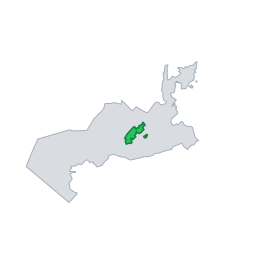 Kanimekh, Navoi, Uzbekistan shown in context, rotated 310°
{"feature_id": "79887680B53513489447097", "entity_name": "Kanimekh", "entity_type": "district", "adm_level": 2, "iso_a3": "UZB", "parent_name": "Uzbekistan", "parent_adm1": "Navoi", "projection": "mercator", "projection_center": [64.925, 40.708], "detail": "fine", "context": "in_parent", "style": "filled", "palette": "green", "viewbox_px": 256, "rotation_deg": 310, "n_neighbors": 0, "source": "geoboundaries", "source_scale": "gbopen_adm2", "svg_char_len": 4971}
<svg xmlns="http://www.w3.org/2000/svg" viewBox="0 0 256 256"><g transform="rotate(310 128 128)"><path d="M196.2,118.1L199.8,116.3L201.7,117.5L201.9,118.1L199.7,119.4L197.8,120.1L197.2,121.7L195.3,122.4L193.3,124.7L190.3,126.9L190.2,127.4L190.5,127.8L191.5,128.0L193.5,129.3L195.4,128.6L195.9,128.7L196.4,129.5L197.0,131.5L197.8,132.0L200.6,133.1L202.7,133.1L203.7,133.5L203.9,133.4L204.0,130.3L204.9,130.8L205.8,130.5L206.2,128.9L206.0,127.9L206.7,127.4L207.1,127.8L207.1,128.7L208.1,129.3L208.9,130.8L209.1,132.5L211.0,132.9L211.7,132.6L212.3,132.8L212.5,135.0L212.8,135.1L214.5,134.7L216.0,135.6L217.7,137.3L219.6,137.4L220.0,137.7L221.4,137.4L223.0,137.9L223.0,138.1L222.8,138.5L219.0,140.5L218.0,141.9L217.1,142.3L214.9,141.5L214.5,142.4L214.9,143.2L214.4,144.1L213.2,143.8L213.0,143.3L211.9,143.6L210.6,145.0L209.9,146.2L208.7,146.5L207.0,147.7L206.3,146.8L205.1,146.9L203.5,145.9L202.7,145.8L195.5,147.0L195.0,146.8L194.2,145.2L192.4,144.3L192.5,143.5L196.2,140.2L196.6,139.2L195.4,138.6L195.6,137.7L193.2,135.0L192.7,134.8L192.4,134.9L191.5,136.9L185.1,140.4L184.2,140.1L182.7,138.8L181.8,138.3L180.6,139.4L180.7,140.7L179.5,141.7L180.6,145.2L180.5,145.6L179.6,145.7L180.3,147.0L179.7,147.2L176.7,146.7L173.1,147.5L173.2,148.0L176.4,147.9L176.8,148.2L176.9,148.6L176.7,148.9L175.0,149.2L174.9,149.7L175.8,151.3L175.4,151.6L174.8,151.3L174.3,152.3L173.2,152.2L172.6,155.2L171.8,156.2L170.6,156.7L163.0,155.4L161.1,156.3L159.8,157.6L158.9,160.8L159.0,161.2L162.2,162.4L162.8,164.3L166.6,164.5L167.3,164.8L167.6,165.3L167.8,165.8L166.7,169.0L167.1,171.7L167.7,173.0L170.0,175.5L169.9,176.8L169.4,178.0L168.8,179.0L168.1,179.4L167.1,180.7L166.3,182.3L164.6,184.4L164.1,185.6L163.9,189.0L163.5,190.0L163.4,189.6L162.8,189.2L161.1,189.1L160.8,188.7L158.6,189.5L157.2,189.1L155.8,187.7L153.2,187.2L149.8,187.5L149.7,184.0L149.8,181.4L151.0,179.4L150.9,179.0L150.4,178.3L148.3,177.7L145.9,176.1L143.7,175.0L142.4,174.6L141.0,175.2L139.7,175.1L133.8,170.8L128.7,167.7L125.3,164.6L123.6,164.9L119.2,162.0L116.4,158.9L106.9,152.0L105.0,150.3L104.6,149.4L103.8,145.1L103.0,143.1L101.8,142.1L100.7,140.0L99.2,134.9L98.6,134.0L95.8,131.8L94.1,131.3L92.9,131.6L92.3,132.5L91.3,132.6L87.1,131.7L82.6,132.1L78.5,129.5L78.3,129.1L78.3,128.3L79.1,126.6L78.9,125.8L78.4,125.0L78.4,124.1L78.7,123.7L79.5,123.8L79.8,123.5L79.7,123.0L78.7,121.9L76.9,121.0L77.3,120.3L77.3,118.6L77.6,117.7L77.4,117.4L76.0,116.2L71.5,116.1L70.4,115.7L69.5,115.2L68.7,113.4L68.2,112.9L65.1,112.2L61.9,108.9L61.3,110.3L60.7,110.6L58.3,110.3L57.1,111.2L60.0,114.5L60.7,115.5L60.6,116.1L59.8,116.2L59.0,114.6L58.5,114.2L55.7,113.3L54.8,114.3L54.5,115.6L53.3,117.7L51.9,118.1L48.5,118.2L47.5,118.7L46.9,119.3L45.6,121.2L43.9,122.7L44.5,128.7L45.6,130.2L44.5,131.5L33.0,130.6L33.0,74.8L49.6,69.4L61.5,66.0L88.7,84.2L89.3,84.9L89.7,86.4L90.4,87.7L99.6,98.1L113.1,96.0L126.7,97.2L131.9,94.7L135.9,99.2L138.4,100.8L141.8,107.4L145.1,105.7L144.5,113.5L144.2,115.9L144.1,120.5L149.5,120.6L150.7,128.1L151.8,132.7L153.0,133.3L163.2,132.6L164.0,132.9L165.4,132.5L166.4,133.9L167.4,134.9L166.7,138.1L167.9,139.4L170.7,140.9L172.5,140.9L172.8,140.3L172.7,139.6L172.3,138.8L172.3,137.9L172.6,137.2L174.3,134.7L177.1,132.3L177.7,131.5L177.9,130.0L178.9,129.1L181.3,128.1L181.7,127.4L184.6,125.4L187.8,124.2L189.3,123.2L190.8,121.4L192.9,119.4L193.7,119.4L194.3,120.0L194.8,120.0L196.2,118.1ZM195.5,136.3L195.1,135.3L194.6,135.0L194.4,135.1L195.2,136.3L195.5,136.3ZM201.6,151.5L199.5,151.4L199.9,150.0L199.1,149.4L198.9,148.6L199.1,148.0L199.6,147.8L200.3,148.8L201.9,149.2L201.3,150.2L201.7,151.3L201.6,151.5ZM208.1,150.0L207.7,151.3L206.8,150.7L206.9,150.4L208.1,150.0Z" fill="#d9dde1" stroke="#a8b0b8" stroke-width="1"/><path d="M141.9,135.8L140.6,136.0L140.5,136.5L140.3,136.6L138.5,135.9L136.9,135.1L136.7,134.9L136.5,135.0L136.5,135.3L136.3,135.8L134.5,135.9L134.2,135.4L134.1,135.0L133.3,134.6L132.3,135.0L133.3,132.2L132.8,131.9L131.3,131.5L126.7,131.4L126.4,131.2L125.8,131.3L125.4,131.4L123.1,131.2L118.1,132.0L118.3,133.9L117.2,133.8L116.5,134.1L115.9,134.9L115.5,135.3L114.6,137.1L115.8,137.7L118.4,139.8L118.2,140.1L118.3,140.4L119.8,140.1L121.4,137.0L121.8,136.8L122.7,137.3L122.4,139.2L126.2,139.6L126.6,137.9L128.3,138.0L129.3,137.9L129.9,137.7L129.9,137.3L130.0,136.8L130.4,136.8L130.8,139.9L131.6,140.5L133.3,140.9L136.0,141.0L136.8,141.2L137.2,141.0L137.2,140.6L137.3,140.4L137.5,139.8L137.8,139.6L138.0,139.3L138.1,138.9L138.2,138.6L138.5,138.6L141.1,139.3L141.2,138.9L141.1,138.6L141.4,138.3L141.5,137.9L141.7,137.6L141.9,136.8L142.0,136.6L142.1,136.2L141.9,135.8ZM132.6,148.0L133.0,148.0L133.2,147.9L133.1,147.2L133.3,147.1L134.2,147.5L134.5,147.6L134.9,147.4L134.9,147.1L134.7,146.8L134.8,146.7L135.0,146.7L134.7,146.3L134.3,146.4L134.1,146.4L134.0,146.5L133.8,146.5L133.8,146.2L133.0,146.2L132.6,145.8L132.2,145.5L131.7,145.5L131.2,146.3L131.2,146.6L131.5,146.8L131.4,147.1L131.8,147.4L131.6,147.6L131.9,147.9L132.3,148.0L132.6,148.0Z" fill="#22c55e" stroke="#15803d" stroke-width="1.5"/></g></svg>